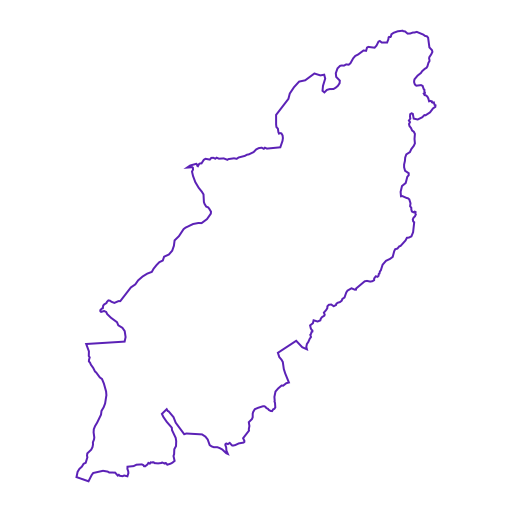 outline of Tatatila, Veracruz, Mexico
{"feature_id": "50627088B81472042875612", "entity_name": "Tatatila", "entity_type": "district", "adm_level": 2, "iso_a3": "MEX", "parent_name": "Mexico", "parent_adm1": "Veracruz", "projection": "natural_earth1", "projection_center": [-97.084, 19.713], "detail": "fine", "context": "isolated", "style": "outline", "palette": "violet", "viewbox_px": 512, "rotation_deg": 0, "n_neighbors": 0, "source": "geoboundaries", "source_scale": "gbopen_adm2", "svg_char_len": 6000}
<svg xmlns="http://www.w3.org/2000/svg" viewBox="0 0 512 512"><path d="M187.1,167.6L192.4,167.2L192.9,167.8L193.0,169.6L192.0,171.6L193.0,175.9L195.3,182.1L198.7,187.8L201.9,191.8L203.5,194.4L203.9,202.0L204.5,203.8L206.2,206.6L208.2,207.4L209.4,209.0L211.0,211.7L210.8,213.7L207.0,219.1L201.6,223.1L198.4,223.0L193.1,224.0L185.6,227.6L183.6,229.1L178.9,236.2L174.6,240.4L173.9,245.8L172.2,250.7L168.9,254.5L164.1,256.7L162.8,260.5L159.3,262.2L156.5,265.1L153.6,268.7L151.8,271.9L147.3,273.6L142.6,276.5L138.1,280.4L135.3,284.4L130.9,287.4L120.3,301.1L118.5,301.1L114.4,302.9L111.5,301.8L110.0,300.7L108.4,300.4L107.0,301.8L106.4,303.1L104.2,304.4L103.2,305.6L102.8,308.3L101.8,308.6L100.3,310.2L100.4,311.3L101.1,311.9L104.1,311.0L106.2,312.0L107.2,314.1L110.9,317.7L117.0,322.2L118.3,325.3L122.4,327.8L124.7,331.1L125.6,337.1L124.6,341.6L86.2,344.0L88.9,351.3L88.8,356.0L89.7,357.4L89.0,359.8L88.9,361.4L90.0,362.6L90.9,364.7L93.2,367.9L95.0,371.5L96.2,372.5L99.8,377.4L102.0,379.0L103.9,383.6L106.1,391.5L106.4,395.2L105.1,403.5L103.6,407.4L101.5,410.9L101.0,414.7L97.1,422.7L95.1,426.0L93.8,429.2L93.6,432.4L94.3,437.5L94.0,439.5L92.9,442.3L93.0,444.5L92.5,447.1L91.2,449.7L87.3,453.4L87.0,455.8L87.4,457.2L85.7,462.8L83.6,463.8L81.9,466.6L79.4,468.9L77.6,471.8L76.5,477.1L88.5,481.3L91.7,475.0L93.2,473.0L103.0,470.8L107.7,471.6L109.2,472.5L115.1,472.6L117.8,475.6L118.8,474.8L119.8,475.8L122.6,476.2L124.2,475.5L127.4,476.3L128.4,473.1L128.2,471.2L127.4,468.9L127.5,466.7L133.6,466.1L136.5,464.7L141.8,464.4L143.5,465.2L144.0,466.2L145.1,466.3L147.4,464.5L148.4,462.9L149.8,463.6L150.8,462.3L152.1,462.6L152.8,462.2L153.7,462.3L154.4,463.1L158.1,463.4L161.4,463.0L162.1,462.5L164.8,463.6L165.3,463.0L166.1,463.2L167.3,464.7L170.5,463.7L172.4,462.7L174.6,460.9L173.5,456.0L174.1,454.2L174.3,449.2L176.0,446.1L176.2,441.2L175.7,437.9L172.0,430.1L171.8,427.7L166.7,421.8L163.4,417.0L161.9,413.9L166.7,409.2L167.7,411.0L168.6,411.3L173.5,417.1L175.7,422.7L184.2,434.2L186.4,433.5L202.0,434.4L205.4,436.6L207.7,439.5L209.7,445.1L211.6,446.4L213.8,447.2L217.3,447.2L219.5,448.0L222.3,449.5L226.2,453.2L227.8,453.9L226.4,450.6L226.2,447.5L225.3,444.9L225.6,443.9L226.3,443.5L227.9,444.1L229.7,442.9L232.0,445.4L232.9,445.6L235.2,445.1L238.8,443.4L243.5,442.6L244.3,442.0L244.4,440.9L243.1,438.2L249.0,430.6L248.8,429.2L249.4,426.0L248.8,422.2L252.0,419.0L252.7,417.2L252.7,413.6L253.2,411.9L254.8,409.2L258.1,407.8L262.8,406.3L264.1,406.2L265.4,406.8L266.4,408.1L267.9,408.8L268.9,410.0L270.8,411.0L272.1,411.1L273.2,409.3L274.3,408.9L275.3,407.4L275.0,402.9L274.5,401.5L274.7,400.9L274.4,396.9L275.5,391.5L278.2,388.4L281.6,385.5L283.1,385.7L286.3,383.2L288.9,382.5L285.2,373.4L283.8,369.0L282.8,362.0L281.5,359.7L279.3,357.1L277.9,352.8L296.2,340.8L302.2,347.2L306.9,349.3L306.3,347.0L306.9,344.0L308.3,342.0L309.7,338.8L311.0,337.0L310.3,334.8L311.1,333.8L311.4,332.2L312.4,331.6L312.4,330.5L311.5,329.7L310.8,328.4L310.1,325.4L312.9,323.2L313.6,320.3L317.6,321.5L320.3,320.4L320.8,318.7L321.9,317.2L324.3,315.7L324.7,314.7L323.9,312.6L326.1,310.1L327.3,308.2L327.4,306.3L328.8,304.8L331.2,304.5L333.7,306.2L336.0,305.0L336.4,303.7L337.8,302.7L339.9,302.1L341.7,300.7L342.4,298.9L344.5,297.5L346.3,292.4L347.5,290.6L351.5,288.3L354.9,289.7L356.0,289.6L356.1,288.5L364.7,281.3L367.0,280.9L370.2,281.6L372.4,281.2L374.1,280.2L374.2,278.4L375.8,276.3L377.5,276.8L378.5,275.9L378.8,273.9L379.5,273.5L379.9,271.4L380.8,270.4L382.6,264.7L386.0,260.8L390.0,258.9L392.7,256.9L394.2,251.2L395.2,249.2L397.4,248.6L399.3,246.3L400.5,246.0L405.5,240.5L406.9,237.8L408.8,237.6L411.4,236.4L413.1,232.2L414.2,222.3L413.2,221.4L412.8,219.4L413.6,217.6L414.9,216.4L415.8,214.5L415.3,213.4L415.6,212.1L414.7,211.6L413.5,212.3L411.9,211.5L411.3,209.5L411.3,207.8L410.1,206.2L410.5,203.3L409.3,199.4L407.8,198.2L406.6,198.0L402.4,196.1L401.0,196.3L400.6,191.9L402.0,186.0L405.7,183.0L407.3,176.8L408.7,175.2L408.7,173.2L405.1,170.8L404.1,167.3L404.1,164.5L404.9,161.0L405.2,157.5L406.3,154.4L409.9,152.1L411.3,149.1L413.8,145.8L414.9,143.4L414.5,138.9L414.9,133.9L413.8,131.7L412.1,130.5L411.0,128.0L409.5,126.1L409.0,124.0L410.0,122.1L408.9,120.6L410.3,118.6L410.0,116.6L410.2,114.2L411.6,113.3L412.8,113.9L413.7,118.6L417.7,119.5L422.2,117.3L424.4,115.1L425.5,115.3L430.0,112.4L433.0,108.4L435.3,106.9L435.5,105.3L434.6,104.9L433.8,102.4L432.8,102.7L431.9,102.3L431.9,101.4L430.4,100.9L429.1,101.3L428.3,98.4L427.3,96.5L425.6,95.2L424.6,95.1L423.8,93.6L424.8,93.2L424.9,92.5L424.4,91.9L424.4,89.8L423.7,89.1L422.6,85.9L421.0,85.1L416.3,85.7L414.9,84.5L414.2,82.6L414.1,81.1L414.5,79.3L417.6,75.6L420.9,73.0L422.1,71.2L424.8,68.8L426.5,67.8L427.4,66.4L428.5,62.6L429.4,61.3L429.5,60.1L429.1,58.6L429.3,57.2L431.2,54.4L432.4,51.9L432.0,50.2L429.4,47.4L428.1,37.7L426.9,36.3L425.0,35.9L423.3,34.6L416.8,31.9L414.5,32.5L413.0,32.5L410.2,33.5L407.6,33.6L405.0,31.4L403.2,31.2L402.6,30.7L397.7,31.3L393.6,32.8L391.4,34.3L390.9,36.5L390.5,37.0L389.1,36.9L388.6,37.4L388.4,39.2L387.1,42.5L381.7,42.5L379.8,41.0L378.5,41.6L376.5,45.6L374.6,47.7L368.3,46.9L367.0,47.6L366.1,50.8L363.5,50.5L358.1,54.5L355.3,55.9L353.2,58.3L350.4,63.3L348.7,64.7L346.2,64.4L344.0,65.6L341.4,65.5L340.0,65.9L337.5,68.4L335.8,73.2L336.2,76.9L339.8,80.6L339.6,83.2L337.9,85.8L335.7,87.7L333.5,89.0L329.6,89.1L326.9,89.9L324.4,92.4L322.5,90.8L323.0,85.8L325.2,78.6L324.2,74.7L320.4,75.4L314.4,73.5L305.2,80.3L299.1,81.6L294.0,87.2L289.8,93.5L288.4,98.9L276.1,114.9L276.1,124.4L276.4,127.0L277.9,128.7L278.4,132.2L279.0,133.6L280.1,133.1L281.4,133.4L282.6,135.5L282.9,138.1L282.5,140.9L280.3,147.3L266.9,148.6L264.9,147.7L263.8,148.8L261.7,147.7L258.8,148.1L256.2,149.4L253.6,152.1L248.8,154.4L247.0,154.7L244.8,155.9L238.6,157.5L236.7,158.8L234.0,158.3L228.4,159.1L227.4,159.8L223.7,158.4L219.0,158.7L216.6,157.7L215.3,158.7L213.3,157.8L211.3,157.9L209.8,159.6L205.5,158.8L203.8,159.8L201.5,163.4L200.2,163.4L199.1,164.0L197.9,166.2L197.3,165.8L197.0,164.5L196.3,163.8L190.2,165.5L187.1,167.6Z" fill="none" stroke="#5b21b6" stroke-width="2"/></svg>